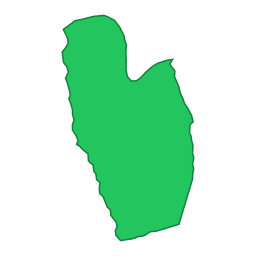 Inajá, Paraná, Brazil (Mercator projection)
{"feature_id": "56859067B25034835886105", "entity_name": "Inajá", "entity_type": "district", "adm_level": 2, "iso_a3": "BRA", "parent_name": "Brazil", "parent_adm1": "Paraná", "projection": "mercator", "projection_center": [-52.233, -22.718], "detail": "fine", "context": "isolated", "style": "filled", "palette": "green", "viewbox_px": 256, "rotation_deg": 0, "n_neighbors": 0, "source": "geoboundaries", "source_scale": "gbopen_adm2", "svg_char_len": 1293}
<svg xmlns="http://www.w3.org/2000/svg" viewBox="0 0 256 256"><path d="M63.3,29.3L66.2,35.3L67.6,38.6L68.2,43.5L65.2,48.3L62.2,51.9L62.8,56.8L63.6,62.5L66.8,66.7L68.4,72.0L65.5,78.4L67.0,81.9L69.2,89.5L70.3,94.8L68.9,98.6L70.8,103.8L72.5,110.0L72.5,114.1L74.0,120.0L72.4,124.8L72.5,130.0L75.9,135.3L78.1,140.5L76.6,144.3L80.0,146.6L83.2,150.0L88.0,153.8L88.4,160.6L90.5,163.1L92.9,164.7L93.9,171.4L96.0,174.1L96.6,179.7L100.0,182.6L99.3,187.5L99.6,193.4L103.2,196.8L104.4,199.9L105.7,203.0L107.3,207.2L110.3,209.7L110.9,215.5L116.1,222.2L117.1,226.4L115.3,230.7L115.9,235.2L120.6,240.6L126.9,239.6L132.3,238.8L135.1,237.9L138.9,236.4L142.0,236.3L145.5,235.0L150.3,231.7L156.2,231.2L178.9,224.3L192.5,179.2L192.7,174.0L193.7,168.5L192.5,164.0L193.8,158.1L192.5,153.1L193.0,145.5L191.8,141.2L191.0,135.9L189.6,132.9L190.0,124.8L193.2,121.7L192.3,118.4L191.5,115.3L188.5,109.6L184.5,103.4L182.9,98.7L180.1,92.5L178.9,87.0L174.5,76.6L174.9,70.8L172.4,67.7L169.8,64.2L172.6,59.4L166.5,60.4L157.9,63.2L154.1,65.4L149.6,68.7L145.5,72.5L140.5,77.9L136.3,80.8L131.3,81.0L127.3,76.5L126.0,69.5L126.2,60.4L125.8,52.3L126.5,45.2L125.0,40.9L123.8,35.3L119.4,26.6L114.3,20.2L107.3,16.6L103.8,15.4L93.4,16.4L81.8,19.4L75.1,20.7L65.7,27.7L63.3,29.3Z" fill="#22c55e" stroke="#15803d" stroke-width="1.5"/></svg>